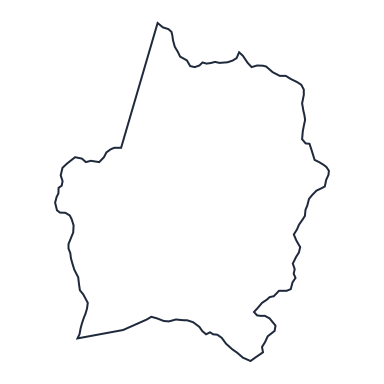 the district of Cachoeira de Goiás, Goiás, Brazil
{"feature_id": "56859067B5572489257411", "entity_name": "Cachoeira de Goiás", "entity_type": "district", "adm_level": 2, "iso_a3": "BRA", "parent_name": "Brazil", "parent_adm1": "Goiás", "projection": "robinson", "projection_center": [-50.689, -16.714], "detail": "fine", "context": "isolated", "style": "outline", "palette": "slate", "viewbox_px": 384, "rotation_deg": 0, "n_neighbors": 0, "source": "geoboundaries", "source_scale": "gbopen_adm2", "svg_char_len": 2018}
<svg xmlns="http://www.w3.org/2000/svg" viewBox="0 0 384 384"><path d="M239.1,52.3L236.6,58.1L232.6,60.6L227.4,62.3L219.4,62.9L215.1,61.9L210.9,63.0L206.5,63.6L202.5,62.5L199.4,65.5L194.7,67.1L190.2,66.1L186.9,60.4L180.1,56.6L177.9,52.0L174.8,46.8L173.0,40.2L172.4,35.8L171.5,31.9L168.4,29.1L162.9,27.4L157.6,23.0L121.1,147.8L114.2,147.8L110.7,149.3L106.4,152.4L103.9,157.3L99.2,162.1L90.8,160.8L85.9,162.1L81.9,158.6L75.1,157.2L67.2,163.4L62.5,167.8L60.7,175.4L62.6,181.2L61.7,185.7L58.6,187.8L58.4,193.4L56.6,197.0L55.1,202.7L57.0,210.3L60.0,212.6L65.4,212.8L69.8,215.5L71.7,219.3L73.6,225.4L73.2,232.5L71.1,237.6L68.5,244.1L68.5,248.5L70.3,253.1L70.9,258.1L72.3,263.2L74.3,269.7L78.2,277.3L79.0,284.2L79.9,290.3L83.2,294.3L87.8,302.9L87.0,308.6L85.4,314.0L83.9,317.6L81.9,323.5L80.6,328.4L79.5,334.3L77.5,338.4L123.1,330.0L146.8,319.5L151.3,316.8L156.8,318.3L163.8,321.0L168.9,321.4L175.9,319.5L183.0,320.2L187.2,320.3L193.1,322.2L199.4,326.9L202.3,331.1L206.1,334.3L210.0,332.3L213.1,334.3L217.3,334.7L221.7,337.8L226.1,343.8L232.3,349.3L237.3,352.8L242.8,357.6L250.5,361.0L255.8,357.2L263.0,352.3L262.0,347.0L265.1,342.0L267.7,336.3L270.8,333.9L274.6,330.9L275.5,325.6L269.5,318.3L264.8,315.8L261.1,315.9L257.1,315.4L254.0,312.0L257.6,308.1L262.0,302.9L266.8,299.7L269.7,297.1L273.8,296.2L279.0,290.8L286.6,290.8L290.8,289.1L292.5,282.4L295.5,277.9L293.7,273.8L294.7,269.1L292.8,263.6L296.1,256.9L298.9,252.5L300.2,247.1L298.1,243.6L296.3,240.4L293.8,234.5L297.0,229.4L299.0,224.7L302.9,219.1L304.9,215.9L305.5,209.8L307.3,205.5L309.0,198.9L312.3,194.9L316.5,190.6L321.2,188.4L324.8,186.5L326.2,179.8L328.5,174.8L328.9,170.8L326.5,167.1L323.8,165.0L319.3,162.2L314.6,159.9L311.7,150.5L309.5,143.8L305.6,143.4L302.1,139.2L302.8,131.2L304.0,125.0L305.1,119.9L304.4,115.1L303.4,110.9L302.1,103.4L303.8,94.9L303.8,89.6L301.3,84.8L297.1,82.1L290.8,79.0L285.8,75.9L279.8,75.9L272.7,72.2L266.1,66.5L262.8,65.7L257.1,65.5L251.6,67.1L247.6,62.8L242.9,55.8L239.1,52.3Z" fill="none" stroke="#1e293b" stroke-width="2"/></svg>